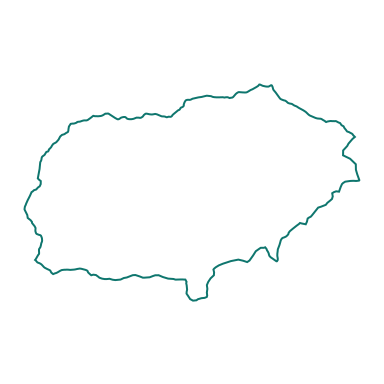 the district of Doteng, Paro, Bhutan, rotated 91°
{"feature_id": "84629894B41574505265269", "entity_name": "Doteng", "entity_type": "district", "adm_level": 2, "iso_a3": "BTN", "parent_name": "Bhutan", "parent_adm1": "Paro", "projection": "robinson", "projection_center": [89.408, 27.558], "detail": "fine", "context": "isolated", "style": "outline", "palette": "teal", "viewbox_px": 384, "rotation_deg": 91, "n_neighbors": 0, "source": "geoboundaries", "source_scale": "gbopen_adm2", "svg_char_len": 5989}
<svg xmlns="http://www.w3.org/2000/svg" viewBox="0 0 384 384"><g transform="rotate(91 192 192)"><path d="M262.7,347.7L263.5,346.7L264.3,346.1L265.1,345.3L265.4,344.6L265.8,343.4L266.4,342.2L267.1,341.2L268.1,340.2L269.6,338.8L270.3,337.9L271.5,335.5L272.7,332.8L273.1,332.3L274.5,331.6L275.3,331.0L275.7,330.4L276.1,330.0L276.5,329.4L276.2,328.7L275.6,327.3L275.5,326.7L274.8,325.2L274.5,324.7L273.0,322.3L272.3,320.8L272.0,318.7L271.8,315.1L272.0,312.3L271.7,309.1L271.5,307.6L270.9,305.1L270.5,302.8L270.7,301.3L271.7,297.2L272.1,296.1L272.6,295.2L274.3,294.4L276.2,292.3L277.0,291.3L276.4,289.3L276.7,286.6L278.3,284.3L279.3,283.1L280.2,280.4L280.6,277.7L280.5,275.3L280.2,273.0L281.1,269.8L281.4,267.1L280.8,261.9L279.2,258.7L278.6,255.7L276.2,249.8L276.0,247.1L277.3,242.9L278.5,239.7L278.5,238.3L278.0,232.8L276.7,229.6L275.9,227.3L275.8,223.9L277.5,219.7L279.0,214.4L279.3,209.0L279.9,207.0L279.6,200.8L279.7,197.1L281.9,195.9L283.3,196.2L285.4,195.7L289.8,195.2L291.8,195.6L293.7,195.7L296.1,194.0L299.1,192.0L300.6,189.1L300.2,185.7L299.1,184.2L298.0,180.7L297.6,177.4L296.7,175.4L295.3,175.0L292.3,175.4L289.0,175.0L288.1,175.0L286.3,175.3L284.8,175.5L281.6,174.2L278.0,171.9L274.9,168.7L272.0,168.5L269.1,169.2L268.2,168.5L266.9,167.0L264.9,163.9L263.1,159.7L261.9,156.2L260.4,151.9L258.8,144.5L259.8,139.8L261.1,135.6L259.5,133.3L254.4,129.8L250.1,127.2L247.2,123.2L246.6,122.3L246.5,118.9L246.0,117.9L247.5,116.6L249.2,115.9L250.1,115.2L252.1,114.2L253.2,114.0L254.5,113.5L255.9,112.2L257.2,110.2L259.8,106.4L259.7,105.8L258.5,105.1L256.9,105.1L254.4,105.6L252.2,105.6L249.5,105.3L247.9,105.2L243.4,103.6L240.8,102.9L238.8,102.4L237.0,101.4L236.2,100.3L235.8,99.1L235.0,97.4L233.9,96.1L232.6,95.0L231.0,94.6L229.5,93.5L226.9,90.5L223.7,86.6L222.2,84.6L221.1,83.5L221.5,82.0L222.3,77.7L219.5,76.5L216.5,75.9L215.6,74.7L214.6,72.8L213.2,71.6L205.4,65.6L204.5,62.9L202.5,58.0L200.5,56.5L197.9,53.4L196.5,51.9L193.9,51.2L190.8,51.8L189.7,50.2L188.8,47.9L189.1,45.0L184.6,43.5L181.5,42.2L180.3,41.0L179.0,39.0L178.2,34.0L178.0,31.1L178.1,27.9L177.7,25.2L177.2,24.9L171.4,27.1L166.9,28.5L161.4,28.7L156.0,34.5L152.7,41.6L147.8,41.6L143.3,37.6L140.9,36.4L136.1,32.4L134.1,30.1L133.2,31.0L132.8,31.5L131.3,32.6L130.9,33.1L130.0,34.9L129.4,36.0L128.8,37.9L128.4,38.3L127.3,39.1L125.4,40.7L123.7,41.6L123.4,42.1L122.8,43.3L122.4,43.8L120.8,44.9L120.4,45.3L120.0,46.6L119.7,47.2L118.8,48.9L118.6,49.5L118.7,50.8L118.7,53.4L118.6,54.0L118.6,54.7L118.8,56.0L119.2,57.9L119.7,59.1L119.5,59.6L119.0,60.1L118.6,60.6L117.7,62.3L117.0,63.4L116.7,64.0L116.5,64.6L116.4,66.6L116.3,67.9L116.0,69.1L115.8,69.8L113.6,75.2L113.3,75.8L112.6,76.8L110.1,79.5L109.4,80.5L108.4,82.1L106.0,86.7L104.6,88.9L103.7,91.3L102.3,93.5L102.1,94.1L101.8,96.0L101.6,96.6L101.4,97.2L101.1,97.8L99.8,99.2L99.1,100.3L98.9,100.9L98.8,101.6L98.2,103.4L97.7,104.6L97.4,105.2L96.5,106.0L90.9,110.2L89.9,111.1L88.5,112.3L87.9,112.6L85.5,113.3L84.3,113.9L83.9,114.3L83.9,114.9L84.8,116.4L85.1,117.0L85.3,117.6L85.3,118.2L85.3,118.9L85.2,120.2L84.7,122.7L84.5,123.4L83.4,125.8L83.4,126.6L84.4,127.4L84.8,127.8L85.9,129.4L88.2,133.3L89.0,135.1L89.3,135.6L90.7,137.8L91.3,138.9L91.5,139.6L91.6,140.8L91.5,143.5L91.3,146.7L91.4,147.4L91.7,147.9L92.4,149.0L93.3,150.0L96.2,152.4L96.6,152.9L96.9,153.5L97.1,154.8L97.4,156.0L96.7,157.8L96.6,158.5L96.7,159.8L96.8,160.4L97.0,161.0L96.9,161.7L96.8,162.3L96.7,163.0L96.8,164.9L96.9,167.5L96.9,169.5L96.8,171.4L96.6,172.7L96.4,173.3L95.9,174.5L95.8,175.2L95.5,178.4L95.5,179.1L95.8,180.3L96.8,184.1L97.3,187.3L98.4,191.7L98.7,193.0L99.0,193.6L99.6,194.7L99.8,195.3L99.9,195.9L99.9,197.9L100.0,198.6L100.2,199.2L100.5,199.8L101.0,200.2L101.5,200.5L102.6,201.1L104.5,201.7L105.0,201.8L105.5,201.7L106.2,201.9L106.7,202.4L107.1,202.8L107.9,204.6L108.4,205.0L109.5,205.6L110.0,206.0L110.5,207.2L110.9,207.7L114.5,211.9L115.4,212.8L116.5,213.5L116.9,214.0L117.2,214.6L117.2,215.2L117.1,216.6L117.3,217.2L117.7,218.4L117.6,219.0L117.1,220.3L117.0,220.9L116.9,222.2L116.9,223.5L116.7,224.1L115.0,228.3L114.7,229.6L114.6,230.2L115.0,232.1L115.2,233.4L115.2,234.1L115.0,236.0L114.6,237.9L114.5,238.6L114.5,239.3L114.6,239.9L115.0,240.4L115.8,241.4L117.4,242.5L117.8,243.0L118.5,244.1L118.7,244.7L118.8,245.3L118.6,246.6L118.6,248.6L118.8,249.2L119.8,251.6L120.1,252.9L120.3,254.2L120.3,255.5L120.2,256.8L119.9,258.0L119.5,258.5L118.6,259.5L118.3,260.0L118.2,260.7L118.2,261.4L118.4,262.6L118.8,263.9L119.1,264.5L119.9,265.5L120.2,266.0L120.5,266.6L120.6,267.3L120.5,267.9L120.2,268.5L119.3,270.2L115.2,276.7L115.0,277.3L115.2,279.3L115.2,280.0L115.5,280.5L116.6,282.1L117.2,283.3L117.4,283.9L117.6,284.5L117.9,287.1L117.9,289.0L117.9,290.3L117.8,291.0L117.6,291.6L117.6,292.1L119.8,294.8L121.8,297.5L122.1,298.2L122.3,299.1L122.3,301.1L122.4,301.7L122.7,302.8L123.6,305.3L123.8,307.2L124.1,308.1L124.5,308.4L124.8,308.9L125.4,310.4L125.7,311.8L125.7,312.9L126.0,314.5L128.7,316.2L131.3,316.6L132.9,316.7L134.1,317.1L134.6,317.8L134.9,318.5L135.9,319.9L136.4,320.6L137.2,323.0L138.2,324.1L138.9,324.8L141.9,326.3L143.0,327.2L144.4,328.4L144.9,329.0L146.3,331.5L147.9,332.7L149.6,333.6L150.2,334.1L151.3,335.1L151.7,335.6L152.2,335.9L153.0,336.0L154.0,336.7L154.3,337.8L154.5,338.3L155.1,338.7L157.5,340.1L159.0,342.1L159.8,342.7L160.5,342.9L162.6,343.2L163.7,343.6L164.1,343.9L164.8,344.2L165.4,344.3L171.6,344.8L181.1,346.4L182.4,345.1L183.7,343.4L186.7,343.4L189.0,344.4L190.1,346.0L192.2,347.8L193.0,350.1L194.3,351.4L194.9,352.4L198.5,353.9L203.2,356.2L206.5,357.6L208.0,358.1L209.5,358.8L211.5,359.1L212.5,359.1L217.9,356.3L220.8,355.8L223.0,352.9L224.7,351.5L225.3,351.5L225.9,351.3L228.9,348.8L230.5,347.9L231.1,347.8L232.5,347.9L233.8,347.9L235.5,347.4L236.2,347.0L236.6,346.6L236.9,345.9L237.5,344.3L237.7,343.3L238.0,342.7L238.3,342.3L240.0,341.5L241.1,341.2L242.1,341.1L243.4,341.0L244.4,341.2L245.3,341.6L246.4,341.9L247.7,342.1L249.7,342.6L251.8,343.9L252.6,344.0L255.9,343.8L256.8,344.0L257.8,344.8L261.8,347.0L262.7,347.7Z" fill="none" stroke="#0f766e" stroke-width="2"/></g></svg>